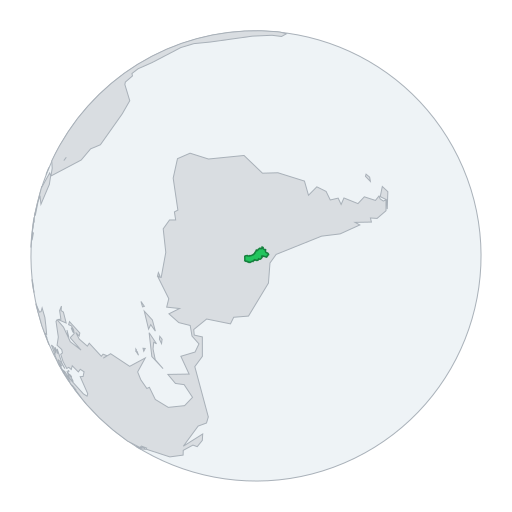 the Earth from above La Paz, rotated 244°
{"feature_id": "BOL-1936", "entity_name": "La Paz", "entity_type": "Department", "adm_level": 1, "iso_a3": "BOL", "parent_name": "Bolivia", "parent_adm1": "", "projection": "orthographic", "projection_center": [-68.162, -14.972], "detail": "fine", "context": "on_globe", "style": "filled", "palette": "green", "viewbox_px": 512, "rotation_deg": 244, "n_neighbors": 0, "source": "natural_earth", "source_scale": "10m", "svg_char_len": 7960}
<svg xmlns="http://www.w3.org/2000/svg" viewBox="0 0 512 512"><g transform="rotate(244 256 256)"><circle cx="256" cy="256" r="225" fill="#eef3f6" stroke="#a8b0b8"/><path d="M196.4,38.8L199.5,38.1L203.3,37.1L209.0,36.2L215.5,34.9L215.2,35.4L220.6,34.1L219.6,33.9L221.7,33.5L225.4,32.9L225.7,33.1L223.9,33.5L226.0,33.3L224.5,33.8L227.3,33.2L227.3,34.1L232.9,32.5L237.5,32.7L236.0,33.5L228.9,34.3L207.8,40.4L204.1,42.7L205.9,44.4L224.6,45.1L223.5,47.8L227.3,50.7L231.2,48.4L229.7,45.5L237.9,42.7L235.0,40.2L238.0,38.9L237.9,36.6L245.7,36.3L253.3,37.4L253.7,39.5L257.1,40.4L263.0,38.1L269.8,42.8L284.9,47.6L285.9,49.3L276.4,51.8L260.4,51.5L248.1,57.5L264.0,53.2L266.0,58.6L269.7,59.7L274.1,59.5L276.4,57.5L278.8,59.6L264.0,63.9L261.6,62.0L266.3,60.5L258.8,60.7L248.9,64.9L250.7,67.9L233.7,73.0L234.8,75.5L231.7,78.4L231.1,73.9L231.9,82.5L212.2,94.1L212.9,111.8L203.7,98.8L195.2,98.2L184.8,99.8L184.7,102.6L171.2,102.6L158.4,110.8L152.8,126.2L156.8,137.0L171.9,135.0L176.8,127.7L188.2,124.9L179.2,144.1L198.8,144.5L196.4,159.1L202.0,166.2L212.1,163.4L222.4,166.4L230.0,157.4L242.2,152.4L242.3,164.3L249.2,153.3L255.9,158.9L280.2,158.7L278.3,161.4L298.8,176.5L321.1,184.5L326.3,194.1L323.6,199.6L331.4,202.0L331.5,205.9L362.3,215.7L377.9,228.1L377.3,241.8L364.0,255.8L351.6,289.3L327.6,298.1L321.2,312.2L302.1,332.4L287.6,329.8L291.5,341.0L283.3,347.3L273.8,347.3L272.0,355.2L265.0,355.1L269.6,360.5L258.4,370.6L261.7,379.3L253.6,387.7L256.0,392.8L252.9,392.6L249.6,394.5L249.4,397.4L239.7,392.7L236.7,381.3L240.0,375.5L235.9,374.6L242.8,359.8L238.4,362.9L239.0,341.3L245.1,323.6L248.6,274.8L243.6,265.5L226.2,255.3L205.3,222.9L210.7,209.1L206.2,203.3L221.0,184.0L217.2,167.8L212.0,165.8L206.8,172.3L189.3,163.8L183.4,152.5L132.3,142.6L127.6,138.3L128.5,129.4L116.9,107.3L119.4,130.1L113.8,126.9L110.4,119.6L113.7,116.4L113.2,105.4L109.0,103.2L113.2,90.5L130.7,72.4L131.3,73.5L135.4,69.7L135.0,68.3L133.7,68.5L146.0,59.4L162.3,51.2L179.1,44.3L196.4,38.8ZM211.3,118.3L233.9,126.3L220.7,128.1L223.3,126.2L217.6,122.7L207.0,120.0L195.5,123.1L211.3,118.3ZM222.2,107.3L218.3,106.9L222.2,106.5L222.2,107.3ZM132.4,69.1L134.5,68.6L133.2,71.1L130.9,71.6L132.4,69.1ZM135.5,65.8L137.7,64.5L132.9,67.9L133.1,67.5L135.5,65.8ZM233.7,37.1L235.7,36.9L234.7,37.4L233.7,37.1ZM231.7,36.5L228.9,37.3L227.6,37.1L229.3,36.7L231.7,36.5ZM235.4,35.6L225.5,36.8L223.2,36.7L227.8,34.8L235.4,35.6ZM217.7,34.2L218.9,34.3L214.4,34.8L217.7,34.2ZM214.5,34.6L214.3,34.8L197.6,38.4L214.5,34.6ZM223.1,33.1L222.1,33.3L218.7,33.9L223.1,33.1ZM232.1,32.0L225.4,32.9L225.1,32.9L225.9,32.7L232.1,32.0ZM246.6,31.1L242.6,31.2L242.1,31.2L246.6,31.1ZM256.0,402.7L240.6,394.5L249.2,398.1L254.9,393.7L263.1,400.0L256.0,402.7ZM272.9,391.5L279.6,389.3L281.3,390.8L277.0,392.7L272.9,391.5ZM435.7,120.1L439.5,125.3L441.4,128.0L450.1,141.7L457.9,156.0L464.5,170.8L470.1,186.0L474.6,201.6L478.0,217.5L480.2,233.6L481.2,249.8L481.1,266.0L479.8,282.2L477.3,298.2L473.7,314.0L468.9,329.6L463.1,344.7L456.2,359.4L448.2,373.5L446.8,375.7L442.4,380.8L442.1,375.2L447.4,367.1L455.2,349.1L468.4,308.6L474.1,293.3L476.3,279.8L475.4,247.1L476.0,232.2L474.4,224.5L472.0,223.9L469.6,214.8L467.6,213.3L450.9,210.6L442.4,198.1L424.2,164.9L424.8,154.3L418.9,141.0L417.8,106.8L424.2,111.3L431.0,114.1L431.8,115.1L435.7,120.1ZM412.7,94.1L411.8,93.7L421.1,107.0L418.2,106.7L410.9,101.6L396.8,85.4L404.9,88.3L400.0,83.6L389.2,75.4L392.6,77.3L389.1,74.7L391.3,75.9L389.3,74.4L412.7,94.1ZM426.0,125.1L427.9,128.8L426.0,125.1ZM281.0,158.6L283.9,161.0L280.0,160.9L281.0,158.6ZM218.7,132.7L223.5,132.7L226.0,134.3L222.3,135.1L218.7,132.7ZM260.0,131.7L265.6,132.7L259.7,133.6L260.0,131.7ZM237.4,127.4L255.4,131.4L243.9,134.8L232.6,132.6L240.5,131.3L237.4,127.4ZM219.6,113.4L222.6,114.0L221.5,115.9L219.6,113.4ZM225.1,107.2L223.9,107.4L222.4,106.0L225.1,107.2ZM266.9,58.4L268.2,58.1L272.6,58.4L270.4,59.3L266.9,58.4ZM293.1,55.6L296.3,59.2L292.4,56.9L290.0,58.3L279.0,56.0L285.8,50.1L284.7,52.9L293.1,55.6ZM266.1,52.0L272.3,53.6L265.2,52.2L266.1,52.0ZM368.2,61.1L371.9,63.1L375.4,65.5L374.3,66.0L369.2,62.3L368.2,61.1ZM363.6,58.1L364.7,58.7L365.4,59.1L367.9,60.5L370.3,61.9L381.0,68.6L385.3,71.5L388.1,73.5L383.9,71.6L383.0,70.4L379.5,68.2L376.3,65.6L362.3,57.4L363.6,58.1ZM332.6,44.1L333.2,44.4L332.5,44.4L326.4,42.5L326.5,42.4L320.4,40.5L327.4,42.3L332.6,44.1ZM245.4,32.9L242.6,33.1L242.5,32.9L244.8,32.5L245.4,32.9ZM244.8,31.1L257.7,31.9L255.1,32.1L265.7,33.1L263.0,34.2L256.2,33.4L262.1,35.4L254.9,35.1L259.7,36.6L244.8,34.6L238.5,34.9L246.5,34.0L249.2,32.8L248.4,32.5L241.7,31.9L229.5,32.7L230.2,32.3L233.9,31.8L236.9,31.5L235.5,31.8L240.6,31.3L240.9,31.5L244.8,31.1ZM306.7,36.5L306.8,36.5L309.8,37.2L300.4,36.8L300.3,38.5L303.1,41.0L293.3,39.3L284.5,36.2L277.4,33.5L279.0,32.5L274.3,32.3L273.7,31.9L277.6,32.2L271.1,31.5L271.7,31.4L267.0,31.0L287.0,32.9L306.7,36.5ZM426.4,108.7L425.9,108.1L421.3,103.0L426.4,108.7Z" fill="#d9dde1" stroke="#a8b0b8" stroke-width="1"/><path d="M251.8,267.8L251.7,267.8L251.7,267.7L251.6,267.3L251.6,267.1L251.4,266.8L251.1,266.5L251.0,266.4L250.9,266.0L251.0,265.7L250.9,265.6L250.9,265.4L250.6,265.2L250.4,265.1L250.5,264.8L250.5,264.7L250.8,264.5L250.9,264.4L251.0,264.4L251.3,264.2L251.5,263.9L251.6,263.7L252.0,263.3L252.1,263.2L252.2,262.9L252.4,262.9L252.6,262.7L252.8,262.5L252.7,262.4L252.7,262.2L252.7,261.9L252.8,261.7L253.0,261.6L253.4,261.5L253.5,261.3L253.4,261.2L253.1,261.1L253.0,260.9L252.9,260.9L252.7,260.9L252.5,261.0L252.4,261.0L252.3,260.9L252.2,260.9L252.0,260.7L251.2,258.7L251.5,258.1L251.5,257.9L251.7,257.7L251.8,257.4L252.0,257.3L252.0,257.2L252.3,257.1L252.2,256.9L251.8,256.6L251.7,256.5L251.5,256.2L251.4,256.1L251.4,255.9L251.4,255.7L251.4,255.4L251.5,255.2L251.8,255.1L251.9,254.5L251.9,254.4L252.0,254.4L252.1,254.5L252.2,254.4L252.2,254.2L252.3,254.1L252.5,253.9L252.8,253.7L252.7,253.4L252.7,253.2L252.8,253.2L253.0,253.0L253.3,253.0L253.3,252.9L253.2,252.5L253.2,252.4L252.9,252.1L252.8,251.9L252.8,251.7L252.7,251.4L252.7,251.2L252.4,250.9L252.5,250.8L252.7,250.7L252.8,250.5L252.9,250.4L252.9,250.2L252.9,249.4L252.9,249.1L252.9,248.9L252.9,248.4L252.8,248.0L252.8,247.8L252.9,247.7L253.0,247.6L253.2,247.4L253.3,247.3L253.3,247.2L253.7,247.1L253.8,246.9L253.7,246.9L253.6,246.7L253.8,246.6L253.9,246.4L254.0,246.3L254.2,246.2L254.3,246.2L254.4,245.9L254.5,245.9L254.6,246.0L254.8,246.0L254.9,245.8L255.0,245.4L255.6,245.0L255.7,244.9L255.7,244.5L255.8,244.4L256.2,244.3L256.3,244.3L256.5,244.2L256.7,243.9L256.8,244.0L260.7,245.8L260.7,246.0L260.7,246.3L260.7,246.5L260.6,246.8L260.7,247.0L260.4,247.9L260.3,248.3L260.2,248.3L259.8,248.7L259.7,248.7L259.7,248.8L259.3,249.3L259.2,249.4L259.2,249.5L258.9,249.8L258.9,250.0L259.0,250.3L259.1,250.5L258.9,250.8L258.8,251.0L258.7,251.0L258.6,251.3L258.6,251.5L258.4,252.2L258.4,252.4L258.5,252.8L258.5,253.0L258.5,253.3L258.4,253.3L258.3,253.5L258.3,253.8L258.4,254.0L258.5,254.0L258.6,254.3L258.4,254.4L258.4,254.5L258.5,254.8L258.8,255.1L258.8,255.4L258.8,255.5L258.8,255.8L258.8,256.0L259.0,256.1L259.3,256.2L259.4,256.3L259.5,256.4L259.5,256.5L259.7,256.8L260.0,257.3L260.0,257.5L260.1,257.8L260.3,258.0L261.1,258.7L261.2,258.9L260.9,259.1L260.8,259.3L260.6,259.4L260.7,259.5L260.6,259.8L260.6,260.0L260.6,260.3L260.7,260.5L260.8,260.7L260.9,260.8L261.0,260.9L261.0,261.0L261.1,261.7L261.1,261.9L261.1,262.0L261.2,262.3L261.3,262.4L261.3,262.7L261.3,262.9L261.3,263.0L261.2,263.1L260.9,263.3L260.7,263.3L260.5,263.6L260.4,263.7L260.5,263.8L260.4,263.9L260.4,264.0L260.4,264.3L260.6,264.4L260.7,264.5L260.8,264.7L260.8,265.0L260.9,265.3L260.9,265.5L260.9,265.8L261.0,265.8L260.9,265.9L260.4,266.1L260.2,265.9L260.1,265.7L259.9,265.6L259.3,265.7L259.2,265.7L258.8,266.0L258.3,266.3L258.2,266.4L257.6,266.8L257.5,267.0L257.6,267.3L257.4,267.4L256.6,266.8L256.4,266.7L256.1,266.6L255.4,266.5L254.9,266.5L254.6,266.7L254.3,266.9L254.0,267.3L253.9,267.4L253.6,267.7L253.4,267.8L252.9,267.9L252.6,268.0L252.4,268.0L252.2,268.0L252.1,267.9L251.9,267.8L251.8,267.8Z" fill="#22c55e" stroke="#15803d" stroke-width="1.5"/></g></svg>